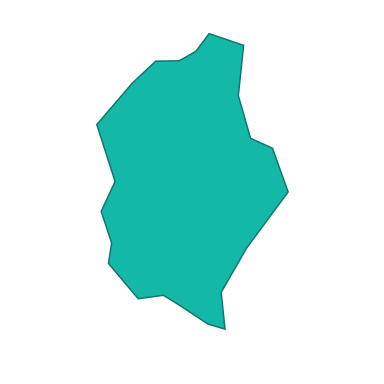 outline of Żejtun, rotated 247°
{"feature_id": "MLT-5961", "entity_name": "Żejtun", "entity_type": "state/province", "adm_level": 1, "iso_a3": "MLT", "parent_name": "Malta", "parent_adm1": "", "projection": "orthographic", "projection_center": [14.531, 35.854], "detail": "fine", "context": "isolated", "style": "filled", "palette": "teal", "viewbox_px": 384, "rotation_deg": 247, "n_neighbors": 0, "source": "natural_earth", "source_scale": "10m", "svg_char_len": 452}
<svg xmlns="http://www.w3.org/2000/svg" viewBox="0 0 384 384"><g transform="rotate(247 192 192)"><path d="M306.8,296.8L262.6,272.3L218.5,266.9L200.8,283.2L154.5,280.5L119.2,220.6L88.3,179.7L52.9,168.8L64.0,155.2L92.7,136.2L108.1,125.3L114.8,100.8L132.4,95.3L158.9,87.2L176.5,98.1L209.6,100.8L231.7,125.3L291.3,130.7L315.6,179.7L326.6,209.7L317.8,231.5L320.0,250.5L331.1,269.6L306.8,296.8Z" fill="#14b8a6" stroke="#0f766e" stroke-width="1.5"/></g></svg>